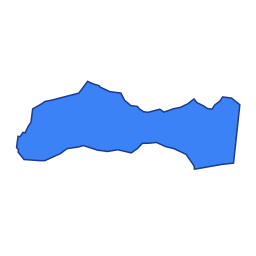 the district of Suhag, Suhaj, Egypt, rotated 96°
{"feature_id": "37247803B36599937729420", "entity_name": "Suhag", "entity_type": "district", "adm_level": 2, "iso_a3": "EGY", "parent_name": "Egypt", "parent_adm1": "Suhaj", "projection": "orthographic", "projection_center": [31.693, 26.547], "detail": "fine", "context": "isolated", "style": "filled", "palette": "blue", "viewbox_px": 256, "rotation_deg": 96, "n_neighbors": 0, "source": "geoboundaries", "source_scale": "gbopen_adm2", "svg_char_len": 1104}
<svg xmlns="http://www.w3.org/2000/svg" viewBox="0 0 256 256"><g transform="rotate(96 128 128)"><path d="M151.9,19.4L93.2,19.2L87.4,28.1L87.3,32.6L87.2,37.1L91.7,39.5L96.0,44.1L100.5,46.4L100.4,48.7L100.4,50.9L98.0,55.4L95.6,62.1L92.2,65.4L97.7,71.1L102.0,78.0L104.1,84.8L106.4,89.6L108.4,93.9L106.0,98.3L110.3,109.7L110.2,114.2L107.8,118.7L105.6,120.9L105.4,127.6L103.8,129.9L100.8,134.3L94.0,138.7L93.8,147.7L93.7,149.9L90.3,159.9L89.0,161.1L87.7,167.6L85.8,173.0L98.4,180.5L100.5,186.0L106.4,201.9L107.1,203.6L108.2,206.6L110.3,213.4L112.5,215.7L119.0,224.8L132.4,225.1L134.9,226.4L136.8,227.4L143.5,229.8L143.4,232.0L147.8,234.4L147.8,236.5L154.5,236.7L159.0,236.8L161.3,234.6L163.5,234.7L168.1,230.2L170.2,228.2L169.7,212.4L169.2,207.4L160.4,192.4L154.9,186.5L152.0,175.1L150.7,171.9L150.1,170.6L153.2,155.9L153.5,145.9L150.7,135.9L151.9,126.1L152.4,122.1L147.3,116.3L141.8,112.2L140.9,105.4L139.4,98.1L142.5,88.9L143.8,79.7L143.9,79.4L144.1,79.0L146.9,71.0L148.2,67.4L158.9,58.2L162.0,57.7L160.9,53.6L158.0,43.5L154.5,31.2L151.9,19.4Z" fill="#3b82f6" stroke="#1e3a8a" stroke-width="1.5"/></g></svg>